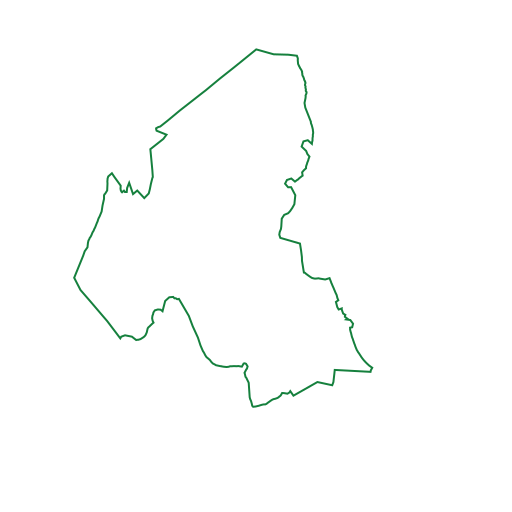 the district of Sagnerigu, Northern, Ghana, rotated 141°
{"feature_id": "2480657B87566941811639", "entity_name": "Sagnerigu", "entity_type": "district", "adm_level": 2, "iso_a3": "GHA", "parent_name": "Ghana", "parent_adm1": "Northern", "projection": "natural_earth1", "projection_center": [-0.877, 9.486], "detail": "fine", "context": "isolated", "style": "outline", "palette": "green", "viewbox_px": 512, "rotation_deg": 141, "n_neighbors": 0, "source": "geoboundaries", "source_scale": "gbopen_adm2", "svg_char_len": 5991}
<svg xmlns="http://www.w3.org/2000/svg" viewBox="0 0 512 512"><g transform="rotate(141 256 256)"><path d="M125.8,416.4L154.3,416.4L172.3,416.6L190.9,416.4L194.6,416.5L223.6,417.0L240.1,416.8L249.0,416.9L250.8,417.7L253.3,418.1L254.0,417.0L254.4,415.9L249.2,406.6L254.3,405.3L270.9,405.5L273.0,402.3L282.5,388.0L286.5,382.3L287.5,381.8L292.4,378.1L296.6,374.6L300.0,372.1L306.4,371.3L307.1,381.6L312.6,381.5L308.5,392.7L313.3,390.0L316.2,387.1L317.6,388.2L317.5,389.9L318.6,389.9L320.0,389.8L320.1,390.5L319.8,392.0L319.0,393.5L316.9,395.8L316.3,406.7L315.9,411.0L320.8,410.8L322.6,409.6L323.7,408.4L324.5,407.6L325.8,405.8L330.4,400.6L334.1,399.3L334.9,399.3L335.9,398.8L337.2,397.2L338.2,396.0L340.1,394.5L343.4,391.9L348.0,387.7L352.8,385.1L354.3,384.5L354.8,384.2L355.4,383.9L357.6,382.4L358.2,382.2L363.3,379.3L364.2,379.0L366.4,377.8L368.2,377.2L370.9,375.7L372.5,375.0L373.8,374.7L375.2,373.9L376.4,373.5L378.3,372.0L381.5,368.8L386.1,367.5L390.1,365.0L411.0,353.5L413.8,340.0L413.3,325.1L412.8,306.0L412.6,299.1L413.3,277.4L411.5,278.1L407.7,276.8L403.2,271.4L402.0,266.1L401.1,265.7L400.3,265.0L399.5,264.7L398.8,264.4L398.1,264.1L394.6,263.7L394.3,263.7L393.5,263.7L392.9,263.8L392.1,263.9L391.5,264.1L390.1,264.8L389.5,265.1L388.8,265.5L387.7,266.4L387.3,266.7L386.9,267.0L386.3,267.5L385.7,267.9L384.9,268.2L384.3,268.3L383.7,268.3L382.9,268.3L382.4,268.4L381.6,268.5L381.0,268.5L380.3,268.6L378.2,268.7L377.6,268.7L377.1,270.7L375.9,273.0L374.0,274.8L372.8,275.4L371.2,276.7L368.8,277.4L365.9,276.2L363.9,274.3L363.4,271.9L354.9,278.2L349.4,278.5L346.1,276.3L346.1,275.7L346.0,274.4L345.0,273.7L344.9,273.4L344.6,272.7L344.6,272.3L344.3,271.9L344.2,271.8L342.9,271.2L345.9,251.7L349.4,241.2L352.5,229.1L355.4,221.5L357.1,215.5L357.2,214.2L357.4,212.9L357.8,211.3L358.0,209.8L358.1,208.5L357.8,207.1L357.5,205.5L357.3,204.4L357.3,203.4L357.4,202.1L357.2,199.6L356.9,199.0L356.2,197.4L355.9,196.4L353.1,192.9L352.8,192.6L352.1,191.9L352.0,191.6L351.4,191.0L351.1,190.6L350.4,189.9L348.8,188.3L347.9,187.7L346.9,187.1L345.5,186.6L344.0,185.4L342.7,184.5L341.5,183.5L340.4,182.5L339.0,181.6L336.6,178.9L333.3,180.2L332.3,179.7L331.6,178.5L332.0,175.5L334.0,174.1L334.9,174.0L338.5,172.4L338.7,171.7L339.2,170.7L340.2,168.7L340.2,167.9L340.2,167.3L340.6,165.7L340.8,164.9L341.2,163.0L341.5,162.0L349.8,150.2L350.6,148.4L350.8,147.6L351.2,146.2L351.7,145.1L352.3,143.7L352.9,142.6L353.2,141.8L353.1,140.6L350.9,139.2L349.4,138.5L348.0,137.8L347.1,137.5L344.9,136.6L343.2,135.7L342.1,134.8L340.9,134.5L339.1,134.5L337.6,134.4L335.8,134.3L333.8,134.1L332.4,133.7L330.8,132.9L329.6,132.5L328.8,132.2L327.5,132.0L326.3,132.1L325.1,132.0L324.2,132.2L321.9,133.1L320.6,131.9L318.2,129.2L315.8,128.9L314.4,129.4L314.8,123.9L287.6,119.4L278.1,107.6L275.2,109.3L269.4,115.0L266.5,117.9L239.9,93.9L238.7,94.9L236.0,96.0L237.0,99.6L237.5,103.0L237.6,104.2L237.7,104.9L237.7,105.6L237.7,106.0L237.8,106.5L237.8,107.5L237.8,109.0L237.7,111.3L237.5,112.8L237.4,114.1L237.2,115.5L237.2,116.8L236.9,118.6L236.8,119.6L236.5,120.5L236.1,121.9L235.6,123.5L235.2,124.4L234.7,126.1L234.3,127.2L233.7,128.8L233.4,129.7L233.1,130.3L232.6,132.0L232.1,133.3L231.5,134.5L231.2,135.2L230.7,136.1L230.3,137.2L229.8,138.3L229.3,139.4L228.7,140.2L228.2,140.8L228.0,141.1L226.1,140.1L223.2,142.3L223.0,146.9L225.7,149.8L224.4,149.7L225.2,152.8L224.6,153.5L223.6,154.0L224.5,156.5L224.2,157.2L223.6,159.0L223.4,159.4L223.3,159.9L222.6,161.1L222.4,161.3L225.4,162.4L225.0,165.1L222.8,170.0L219.9,169.8L219.2,172.1L217.9,174.9L217.3,177.4L217.0,178.5L216.7,179.4L216.5,180.2L216.1,181.5L215.8,182.5L215.6,183.3L215.2,184.8L214.9,185.8L214.7,186.4L214.6,186.8L214.5,187.4L214.0,188.7L212.8,192.5L217.0,194.2L220.4,198.0L221.5,199.4L222.7,200.1L224.0,201.0L224.9,201.8L226.3,203.7L226.8,205.1L227.2,206.4L227.6,207.9L227.9,209.0L228.1,209.9L228.3,210.5L228.4,211.3L228.5,211.9L228.7,212.5L229.0,212.8L229.2,213.0L223.3,223.3L221.0,226.3L217.4,232.1L214.0,238.0L225.7,254.8L224.5,257.9L222.5,259.7L219.6,261.3L217.7,263.1L212.5,268.8L208.2,270.2L204.1,269.0L201.3,269.4L197.6,270.5L193.6,272.1L189.5,276.2L187.2,278.5L185.4,287.4L187.8,289.2L187.9,293.9L184.1,295.6L179.8,294.0L178.9,289.3L178.7,289.3L176.9,289.2L176.2,289.2L175.6,289.1L175.1,289.0L174.6,289.1L173.7,289.2L173.3,289.2L171.8,289.2L170.9,289.2L170.2,289.2L169.2,289.1L167.5,292.0L164.9,292.5L161.9,292.7L161.5,293.2L161.1,293.7L160.7,294.1L160.1,294.5L158.8,295.3L158.3,295.6L157.9,295.9L157.4,296.3L156.8,296.6L156.4,296.8L155.7,297.2L155.3,297.4L154.0,298.4L152.9,299.0L152.3,299.4L151.9,299.6L151.9,302.9L150.9,306.1L151.7,312.3L147.0,315.2L142.9,313.4L142.0,308.0L141.1,308.9L140.5,309.4L139.5,310.1L138.9,310.8L138.4,311.4L137.8,312.1L136.5,313.2L135.6,314.4L135.1,314.8L134.6,315.2L134.1,315.7L133.5,316.5L133.1,317.2L132.6,318.0L132.1,318.7L131.8,319.4L131.4,320.2L131.1,320.9L130.3,322.7L130.1,323.3L129.9,324.1L129.6,324.8L129.3,325.3L128.9,325.7L124.3,340.3L122.0,344.4L118.2,347.5L117.0,348.7L116.8,349.1L116.7,349.3L116.5,349.5L116.3,349.6L116.2,349.7L115.8,349.9L115.3,350.2L114.8,350.4L114.4,350.7L114.1,351.0L113.6,351.5L113.5,351.8L113.5,352.5L113.4,353.0L113.2,353.2L113.0,353.5L112.9,353.6L112.4,354.0L112.0,354.9L111.9,355.2L111.6,355.8L111.4,356.0L111.1,356.2L111.0,356.3L110.7,356.8L110.5,357.7L110.3,358.1L109.6,358.7L109.1,359.0L108.9,359.2L108.7,359.3L108.5,359.6L108.3,360.4L108.1,360.5L107.9,361.1L107.9,361.6L107.8,361.8L107.8,362.1L107.6,362.7L107.0,363.9L106.6,365.3L106.4,365.7L106.4,366.1L106.4,366.5L106.2,367.0L106.0,367.7L105.9,367.8L105.5,368.2L105.3,368.5L105.2,368.7L105.0,369.0L104.9,369.4L104.2,370.2L104.2,370.4L104.1,370.5L103.9,371.1L103.6,372.6L103.5,374.2L103.4,374.7L103.3,374.8L103.3,375.1L103.2,375.3L103.1,375.8L103.1,376.1L103.0,376.3L103.0,376.6L102.9,376.7L102.9,376.9L102.5,378.4L102.5,378.5L102.4,378.8L102.2,379.1L100.6,381.5L100.3,381.9L100.1,382.2L99.9,382.3L99.1,383.3L98.2,385.9L104.1,392.0L115.3,401.6L118.5,406.1L125.0,415.3L125.8,416.4Z" fill="none" stroke="#15803d" stroke-width="2"/></g></svg>